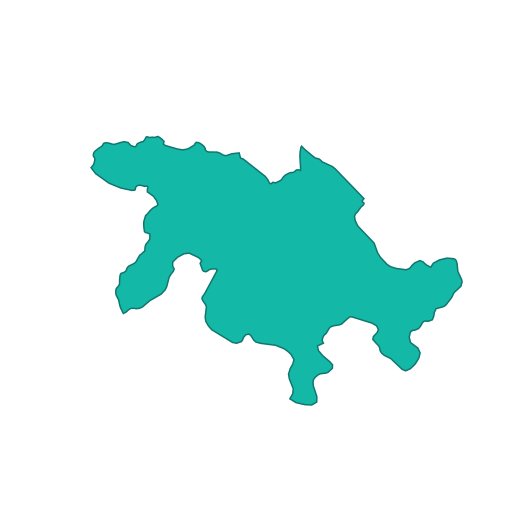 map outline of Graubünden (Robinson projection), rotated 31°
{"feature_id": "CHE-170", "entity_name": "Graubünden", "entity_type": "Canton", "adm_level": 1, "iso_a3": "CHE", "parent_name": "Switzerland", "parent_adm1": "", "projection": "robinson", "projection_center": [9.485, 46.618], "detail": "fine", "context": "isolated", "style": "filled", "palette": "teal", "viewbox_px": 512, "rotation_deg": 31, "n_neighbors": 0, "source": "natural_earth", "source_scale": "10m", "svg_char_len": 4621}
<svg xmlns="http://www.w3.org/2000/svg" viewBox="0 0 512 512"><g transform="rotate(31 256 256)"><path d="M184.9,358.2L183.0,360.9L180.5,362.8L177.9,363.9L175.6,365.4L174.4,368.0L173.5,371.0L171.9,373.6L166.9,370.4L165.1,368.9L160.6,364.2L157.1,362.1L155.7,361.0L154.0,358.6L153.4,357.2L153.0,355.8L153.6,352.5L153.5,351.1L153.4,350.2L151.2,346.4L149.5,342.7L149.2,341.4L149.3,340.3L151.0,338.5L151.9,336.8L152.2,335.5L151.9,333.9L151.7,332.1L152.1,330.3L155.4,325.1L156.1,323.2L155.9,315.3L156.8,313.1L157.5,310.5L158.0,309.4L157.8,308.3L156.8,306.5L156.0,304.7L155.6,302.5L156.1,299.6L156.2,297.4L156.1,295.9L153.7,291.9L150.5,292.3L149.5,292.6L149.1,292.9L147.6,292.3L145.3,289.4L143.0,286.1L142.4,284.9L141.9,283.5L140.6,278.4L140.7,277.6L141.1,276.6L141.4,275.1L141.8,272.0L142.2,270.4L142.8,268.4L143.5,266.9L145.1,264.3L145.5,263.3L145.4,262.5L144.8,261.9L142.0,259.6L139.7,258.7L138.2,257.9L137.1,257.6L129.9,257.0L128.9,255.5L128.3,254.2L128.1,252.8L127.4,252.3L126.3,252.4L124.5,253.8L122.5,254.2L120.8,254.8L119.3,255.5L117.8,257.3L117.5,258.7L117.7,259.9L118.1,260.7L118.3,261.5L117.8,262.4L115.8,263.7L105.0,267.4L92.5,269.3L76.1,268.0L69.1,265.2L69.7,261.6L69.3,259.5L68.2,256.3L67.6,255.4L66.8,254.9L65.8,254.5L65.1,254.0L64.5,253.2L64.1,252.1L63.8,250.6L64.0,249.2L65.5,245.0L67.0,242.0L67.4,240.7L67.5,239.6L67.4,238.9L67.3,238.1L68.1,237.0L69.5,235.9L73.0,234.6L75.1,234.2L77.2,233.2L82.2,227.7L84.3,225.8L88.0,224.6L91.1,225.6L92.0,225.7L95.2,225.1L95.9,224.7L96.6,223.8L96.4,221.4L96.5,221.0L96.7,220.4L98.4,217.9L100.4,215.9L100.7,213.6L100.6,210.5L101.2,209.9L102.8,209.5L104.2,209.0L105.6,207.7L108.0,206.6L110.4,204.0L114.8,204.2L117.0,204.9L118.0,205.0L118.4,205.7L118.9,207.5L119.7,208.0L121.7,207.9L133.4,204.8L138.2,202.9L141.2,200.5L142.7,198.8L143.8,196.9L144.4,195.6L145.0,194.5L145.6,193.7L145.9,192.8L145.9,190.7L146.0,189.8L146.5,189.2L147.9,188.6L150.0,188.2L153.5,188.5L155.5,189.1L157.1,190.0L158.0,191.2L159.8,191.7L161.9,191.2L169.1,187.0L172.2,186.4L176.2,186.4L177.9,185.7L179.0,185.1L182.6,180.8L188.5,176.3L191.9,179.7L192.6,179.9L193.7,179.9L194.6,179.4L223.0,183.0L227.3,184.8L229.7,186.4L231.2,186.5L231.8,186.3L232.5,184.1L235.1,183.3L237.9,179.1L238.5,177.7L238.7,176.3L238.6,175.1L239.3,172.0L240.4,169.9L241.8,167.7L242.9,166.5L244.9,165.2L245.5,164.1L246.2,161.7L247.2,160.7L248.5,160.1L250.1,159.7L248.9,157.6L242.5,148.3L240.1,143.9L238.5,139.5L238.5,138.4L243.2,139.6L250.3,140.7L256.1,141.5L260.5,140.3L264.4,141.2L275.5,140.0L279.0,140.5L319.0,151.2L318.6,154.2L319.5,154.9L320.9,154.8L321.7,155.6L321.7,157.2L320.8,159.7L320.3,165.9L319.6,168.7L320.0,171.2L322.7,174.5L327.9,177.9L350.6,184.1L358.8,190.8L363.5,193.1L372.7,195.7L375.6,195.8L377.1,195.8L382.5,194.5L391.7,190.5L393.9,187.8L394.4,185.7L394.6,183.5L395.6,180.2L398.8,175.5L402.2,175.0L406.3,175.9L411.6,175.7L411.7,170.8L415.4,164.7L420.7,159.5L426.8,156.5L428.0,156.3L429.1,156.5L430.3,157.1L432.5,159.2L436.9,165.2L444.1,170.1L446.0,172.0L447.2,176.5L444.6,185.5L445.1,191.1L444.1,199.6L443.3,202.0L442.1,203.6L437.5,208.4L437.9,212.3L439.4,216.2L440.0,219.8L437.4,223.1L433.8,225.1L433.0,227.5L433.2,230.5L432.8,234.3L430.7,237.4L428.4,239.3L427.5,241.8L429.2,246.8L433.1,250.6L442.1,251.5L446.6,254.6L448.2,259.7L448.1,266.5L446.4,273.1L445.1,274.9L443.5,277.3L439.6,277.9L424.4,274.5L417.1,275.1L414.3,274.7L412.0,273.8L410.6,272.6L409.5,271.2L407.8,270.0L399.1,267.4L398.1,264.5L399.3,259.1L398.8,256.1L395.4,253.7L390.0,253.8L369.9,258.7L367.9,259.7L367.0,261.7L364.4,270.3L362.7,272.3L358.1,276.2L356.3,278.6L356.0,280.5L356.0,286.2L355.1,289.1L355.3,291.5L355.8,293.4L356.9,294.9L358.7,296.0L355.0,301.4L358.3,305.0L364.6,307.1L374.1,308.7L377.7,309.9L379.3,312.9L377.7,318.6L376.2,320.4L371.8,323.8L370.2,326.4L369.1,330.0L369.0,332.4L369.8,334.6L371.8,337.6L380.6,345.2L383.3,349.9L380.5,355.0L374.6,358.2L365.7,361.1L358.6,361.0L358.4,355.1L356.3,350.6L347.9,344.2L344.7,340.5L343.3,334.8L343.2,329.5L341.8,325.2L336.5,322.2L332.1,321.3L328.0,321.0L318.8,322.4L304.7,328.6L300.2,329.8L297.5,329.3L292.3,326.7L290.1,326.6L287.8,328.8L287.3,331.9L287.7,334.9L287.6,336.9L284.3,340.8L280.4,342.2L256.0,342.0L251.1,340.4L246.6,337.8L243.9,334.6L239.6,325.0L237.8,323.7L233.1,321.5L231.5,320.2L231.1,318.7L231.4,314.7L230.2,289.4L229.5,287.7L227.8,288.0L224.4,290.2L222.9,291.9L222.2,293.7L221.2,295.3L218.9,296.1L217.3,295.5L211.9,291.1L211.7,287.8L207.5,286.9L197.2,288.0L193.1,291.2L189.4,297.5L187.7,304.0L189.8,307.6L192.6,309.3L193.0,311.9L192.5,315.2L192.5,319.0L195.3,328.4L195.6,331.8L194.3,337.6L188.1,348.7L184.9,358.2Z" fill="#14b8a6" stroke="#0f766e" stroke-width="1.5"/></g></svg>